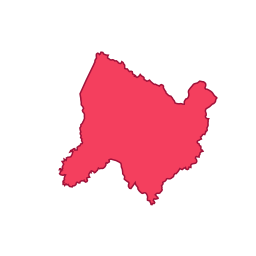 outline of Montes Altos, Maranhão, Brazil, rotated 313°
{"feature_id": "56859067B69615638482007", "entity_name": "Montes Altos", "entity_type": "district", "adm_level": 2, "iso_a3": "BRA", "parent_name": "Brazil", "parent_adm1": "Maranhão", "projection": "natural_earth1", "projection_center": [-47.061, -5.84], "detail": "fine", "context": "isolated", "style": "filled", "palette": "rose", "viewbox_px": 256, "rotation_deg": 313, "n_neighbors": 0, "source": "geoboundaries", "source_scale": "gbopen_adm2", "svg_char_len": 5536}
<svg xmlns="http://www.w3.org/2000/svg" viewBox="0 0 256 256"><g transform="rotate(313 128 128)"><path d="M161.9,54.7L160.6,54.5L159.8,55.0L157.4,57.4L156.0,57.4L154.4,58.1L153.6,58.9L152.3,59.2L151.1,59.7L134.5,64.8L120.3,69.6L118.5,71.9L117.7,73.0L116.4,74.4L114.9,76.3L113.8,77.3L113.1,78.0L112.8,80.3L112.1,82.1L109.8,82.6L109.1,83.8L108.8,85.9L108.1,87.0L106.7,88.2L105.4,89.6L103.0,90.6L102.0,90.8L100.3,91.4L98.2,91.3L97.2,92.4L95.2,92.8L94.2,94.1L93.5,95.2L92.9,96.3L91.8,96.4L91.0,97.3L90.4,99.1L88.6,99.9L88.6,101.5L87.1,102.7L86.4,104.6L85.4,105.1L84.0,104.3L82.4,105.0L81.4,104.4L79.2,104.0L78.3,105.0L77.3,105.8L76.5,105.1L75.6,104.3L76.6,103.1L75.9,102.5L74.0,102.1L72.5,101.5L71.0,101.9L73.1,102.9L73.1,104.0L72.1,104.2L70.9,105.1L68.0,105.8L66.7,105.0L65.5,103.9L64.1,103.4L63.3,104.2L62.2,104.8L61.7,102.5L60.7,103.9L59.8,103.6L58.6,102.6L58.2,104.1L57.7,105.6L54.5,106.6L54.2,107.6L53.3,108.1L52.3,108.0L51.3,108.7L50.2,108.2L49.2,108.9L47.9,109.1L47.8,110.3L48.4,111.6L49.2,112.8L50.6,113.4L51.1,114.3L50.1,114.5L49.2,114.9L47.6,115.7L46.9,116.8L45.9,116.7L44.8,116.8L44.7,118.0L44.0,117.5L42.5,119.0L43.3,119.7L42.8,120.9L43.8,120.8L44.8,120.8L44.8,122.2L45.9,122.7L45.6,123.8L45.4,125.1L46.2,126.4L46.9,127.4L48.0,127.1L48.7,127.8L49.6,128.3L51.2,128.5L52.4,127.7L53.6,127.7L54.2,129.4L55.0,130.2L56.2,129.6L57.9,130.1L58.8,131.4L59.8,131.5L59.3,132.6L59.6,134.0L60.9,134.5L62.1,134.0L62.6,132.6L63.7,132.0L64.8,132.7L65.9,133.5L66.4,132.0L67.5,130.9L68.5,130.7L69.6,130.4L70.2,131.5L70.7,130.7L71.6,130.4L72.2,131.6L72.7,132.6L72.3,133.9L73.4,134.4L74.7,134.3L76.2,134.4L77.5,134.1L78.5,133.7L78.7,134.9L80.1,135.8L80.8,136.8L81.9,137.4L83.5,137.6L84.7,137.4L86.0,137.0L86.9,136.0L87.8,135.8L88.1,136.8L89.1,137.0L90.1,137.4L91.0,137.1L91.6,135.8L93.0,136.3L93.7,136.9L96.1,141.5L96.4,142.5L97.2,145.2L97.3,146.9L96.3,148.4L95.0,149.7L94.1,151.7L92.7,153.5L91.7,154.6L90.9,155.4L90.6,157.4L90.4,158.3L89.5,159.3L88.1,160.0L88.1,161.1L88.4,164.0L88.7,165.6L88.0,166.6L86.7,167.1L85.5,168.3L85.0,170.3L85.7,171.4L89.1,171.0L93.0,170.5L92.0,171.9L91.6,173.2L91.5,174.4L91.2,175.9L90.2,176.8L89.7,178.8L89.6,180.6L89.7,182.4L90.3,183.4L91.7,184.0L92.5,185.2L92.4,186.5L91.9,187.9L91.3,188.9L90.6,189.7L89.5,190.4L88.5,191.4L88.8,192.5L89.7,193.5L89.0,194.6L88.5,196.1L87.8,197.0L88.3,197.8L89.5,197.5L90.6,198.6L91.6,198.5L92.1,197.2L92.2,196.0L93.0,195.6L94.0,195.4L94.7,196.6L95.7,197.3L97.0,198.0L97.6,197.1L97.4,196.1L97.6,195.0L97.7,193.5L98.8,193.5L100.1,193.7L101.0,194.8L102.0,195.6L103.8,195.5L105.0,195.5L106.1,195.2L106.6,194.2L107.8,193.3L108.7,191.9L110.1,191.9L111.2,191.6L111.9,190.5L113.0,190.8L114.0,191.3L115.6,191.4L117.0,190.9L118.1,191.6L118.8,192.7L119.7,193.5L120.8,193.9L122.1,194.1L123.5,194.4L124.5,193.8L125.4,193.5L126.7,193.5L127.6,194.4L128.5,194.3L129.7,194.3L131.4,194.1L132.7,193.8L133.8,193.6L134.1,195.1L134.7,196.1L135.6,196.2L136.5,196.2L137.4,196.8L138.3,197.0L137.5,198.2L138.0,199.7L139.3,200.2L140.2,199.7L141.1,199.3L142.0,200.9L142.8,200.2L143.7,199.2L144.8,199.2L145.7,199.5L146.8,200.3L147.7,201.0L148.7,201.5L150.2,201.3L151.0,200.5L151.6,199.5L151.8,198.0L152.8,197.4L153.7,197.4L154.3,198.5L155.3,199.8L156.2,198.8L157.7,198.6L158.4,197.9L159.7,197.6L161.0,197.9L162.1,198.7L162.5,197.4L161.9,196.5L162.5,195.4L163.3,194.8L164.3,193.7L164.0,192.4L164.4,191.4L164.9,190.6L164.4,189.3L164.8,188.2L165.8,187.7L166.7,187.9L167.6,188.4L169.0,188.6L170.0,189.2L170.5,188.1L170.9,187.2L171.9,187.4L173.2,187.3L174.1,187.1L175.0,187.6L175.6,188.6L176.7,188.0L177.6,187.9L178.5,187.1L179.3,187.6L180.5,187.4L181.2,186.4L182.0,185.6L183.3,185.3L184.5,184.8L185.6,183.7L186.5,182.8L187.4,182.2L188.4,181.2L189.8,180.7L188.7,179.3L188.6,177.7L189.5,176.5L190.6,176.5L191.6,175.6L192.3,174.5L192.9,173.3L194.0,172.4L195.4,172.0L197.1,172.5L199.2,173.1L200.7,173.2L201.9,173.3L203.2,173.4L204.2,174.0L206.0,174.1L207.4,173.7L208.3,173.0L209.2,172.6L210.6,172.5L210.7,171.1L210.5,169.4L210.9,167.5L211.2,166.4L211.4,165.1L211.3,163.4L210.8,161.0L210.4,159.6L209.4,158.1L209.8,156.9L211.3,156.3L212.5,155.6L213.4,154.4L213.5,153.1L213.3,151.8L212.6,150.8L212.0,149.8L211.2,148.5L208.4,148.1L207.1,147.3L206.0,146.6L205.2,146.2L204.1,146.1L203.1,146.2L202.0,146.3L201.0,146.3L199.5,146.4L197.0,146.7L196.1,147.1L195.1,148.1L194.5,149.1L193.5,150.1L192.1,150.9L191.2,151.2L189.9,151.2L188.5,150.5L185.8,151.1L183.8,152.9L182.9,152.0L182.3,150.7L181.7,149.8L180.7,149.1L180.0,148.3L179.1,146.9L178.4,145.4L179.3,143.6L179.6,142.0L179.8,140.9L180.2,139.9L180.3,138.8L180.5,137.7L179.9,136.7L179.5,135.5L179.5,134.1L179.6,131.8L180.4,130.7L180.5,129.5L181.0,128.1L181.5,126.5L182.8,125.4L183.0,124.2L182.4,122.7L181.3,122.3L180.1,122.4L179.7,121.2L179.1,119.7L178.7,118.2L177.9,117.5L177.6,115.9L177.5,114.0L177.5,112.7L177.7,111.1L175.9,110.4L175.0,109.7L174.9,108.2L174.4,106.8L175.8,105.2L175.7,103.7L175.3,102.4L175.5,100.4L174.2,100.7L173.2,100.6L172.0,100.4L171.1,100.1L171.0,98.7L170.4,97.7L171.3,97.7L171.1,96.3L170.7,95.0L171.3,93.7L172.1,92.7L171.6,91.5L170.2,90.5L170.4,88.9L170.7,87.1L170.0,86.5L169.3,85.0L170.0,84.4L170.8,83.5L171.7,82.7L172.0,81.0L172.5,79.8L172.3,78.2L171.2,78.6L170.2,78.7L169.3,77.4L169.1,76.4L169.4,75.3L169.2,73.7L168.1,72.6L167.9,71.0L167.3,70.0L166.2,69.3L165.7,68.2L165.6,66.8L165.3,65.3L166.3,64.4L167.8,63.9L167.0,63.0L166.2,61.7L165.5,59.5L166.1,58.2L165.6,57.2L164.9,56.5L163.5,57.2L162.2,57.0L162.5,55.8L161.9,54.7ZM52.3,108.0L52.4,106.5L51.6,105.9L50.7,106.3L51.4,107.0L52.3,108.0Z" fill="#f43f5e" stroke="#9f1239" stroke-width="1.5"/></g></svg>